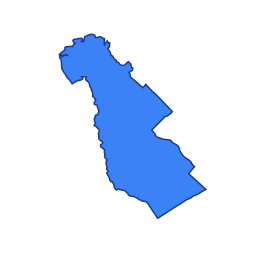 Faleata East, Gaga'emauga, Samoa, rotated 308°
{"feature_id": "51752279B54657815121204", "entity_name": "Faleata East", "entity_type": "district", "adm_level": 2, "iso_a3": "WSM", "parent_name": "Samoa", "parent_adm1": "Gaga'emauga", "projection": "albers", "projection_center": [-171.795, -13.866], "detail": "fine", "context": "isolated", "style": "filled", "palette": "blue", "viewbox_px": 256, "rotation_deg": 308, "n_neighbors": 0, "source": "geoboundaries", "source_scale": "gbopen_adm2", "svg_char_len": 3099}
<svg xmlns="http://www.w3.org/2000/svg" viewBox="0 0 256 256"><g transform="rotate(308 128 128)"><path d="M177.2,39.7L173.2,37.7L169.4,39.7L168.9,39.8L167.9,39.0L167.3,38.0L168.6,38.2L169.5,39.1L169.8,38.7L170.1,36.7L169.9,35.7L169.4,35.6L167.9,33.7L166.1,32.4L164.3,30.6L162.9,30.8L162.5,31.3L161.9,33.5L162.2,34.3L160.7,33.8L159.3,33.9L158.0,34.3L157.4,32.9L156.9,32.3L155.9,31.6L155.5,30.9L153.7,29.0L152.4,28.8L151.5,29.7L151.0,30.0L150.0,30.0L147.9,29.4L145.3,28.9L144.5,29.4L144.2,31.6L144.6,32.0L145.9,32.6L146.7,33.4L147.3,33.7L148.0,34.3L148.1,35.6L147.9,35.7L147.8,34.5L147.0,33.7L146.4,33.6L145.7,32.8L143.4,32.2L143.9,30.6L143.7,28.8L141.4,30.8L140.8,32.6L140.5,33.5L137.1,36.6L135.9,37.7L134.2,39.1L133.3,40.9L132.6,42.5L131.7,45.6L130.4,48.6L129.9,52.2L129.7,53.1L128.4,56.8L130.7,57.6L133.4,58.7L133.4,58.9L135.3,59.6L135.6,60.7L137.6,61.6L139.0,62.0L139.8,59.9L140.6,60.9L142.5,63.9L140.6,64.5L139.9,65.4L139.9,67.1L139.7,68.8L139.4,69.7L138.0,71.8L137.4,72.1L136.4,74.7L135.3,75.9L134.6,77.5L133.5,78.9L132.6,79.7L131.5,80.4L131.1,81.2L131.1,83.4L131.0,84.1L130.2,84.3L130.0,85.5L128.1,85.9L127.0,85.8L126.1,86.7L126.0,87.6L126.8,88.7L126.9,89.6L125.3,91.5L124.6,93.0L123.7,94.2L122.4,95.2L119.8,95.7L118.3,94.7L117.3,94.7L115.2,95.8L114.2,95.9L113.0,97.3L112.3,98.8L111.4,99.5L109.3,99.6L109.1,100.5L109.6,101.6L109.2,103.3L109.0,106.2L108.3,107.1L105.5,108.1L103.9,109.7L102.0,111.2L101.3,112.5L101.2,116.6L100.6,117.3L99.6,117.3L97.7,116.8L96.8,117.5L96.4,118.5L96.5,122.9L94.3,124.2L93.7,125.6L92.5,126.2L91.0,127.2L90.4,128.3L90.3,130.3L89.3,131.4L88.3,131.4L87.4,131.9L86.4,132.8L84.0,135.8L83.0,136.1L82.1,137.2L82.1,138.5L81.5,139.2L79.3,139.0L78.1,142.0L77.1,144.1L75.5,146.1L75.1,147.4L75.8,148.3L75.8,149.1L74.9,151.3L72.9,153.7L72.4,154.6L72.1,157.1L74.5,158.4L74.4,159.8L76.5,163.2L76.4,165.2L76.5,167.6L75.5,169.4L75.6,171.3L76.9,173.6L78.2,176.2L78.2,177.5L78.6,178.9L78.3,180.5L78.9,182.3L79.0,184.0L80.3,186.1L81.0,187.7L81.1,188.9L75.1,207.0L95.1,213.9L103.4,216.9L107.9,218.4L109.9,219.7L111.7,220.6L114.6,221.3L115.7,222.0L116.4,222.6L117.8,223.2L118.9,223.5L119.9,224.3L121.3,224.7L124.6,225.9L127.6,227.2L129.3,203.9L138.6,204.2L138.4,202.9L139.0,201.3L139.1,200.1L139.7,199.3L140.2,197.9L140.2,194.1L139.9,192.1L139.8,189.5L140.4,187.1L142.2,182.5L143.5,181.1L144.4,179.4L144.7,176.9L143.9,172.2L144.1,170.8L144.7,169.1L140.9,162.7L138.5,155.8L139.9,152.9L141.0,148.0L159.9,150.2L160.0,150.4L162.1,151.8L163.5,152.0L166.7,152.9L168.3,152.7L171.6,129.4L171.8,125.0L173.3,115.2L169.0,115.0L169.2,109.6L169.7,98.6L171.4,96.8L172.4,94.5L176.2,96.0L178.1,95.0L177.9,93.5L180.2,90.7L180.5,87.3L178.9,87.1L175.3,86.5L174.6,86.0L173.6,84.5L173.1,82.6L173.7,80.3L173.7,79.7L173.0,78.5L174.1,77.0L173.9,75.2L174.3,73.7L175.2,71.7L174.7,69.6L175.6,69.0L176.2,68.2L177.0,66.7L177.7,64.7L178.0,63.2L180.5,63.4L181.2,62.9L183.8,61.2L182.9,60.5L183.8,57.9L179.1,58.2L179.9,57.1L183.9,54.6L183.5,54.4L183.3,53.2L183.2,51.0L182.9,50.0L180.5,48.1L179.5,47.1L179.5,46.1L180.7,44.9L180.2,43.7L179.7,41.8L177.2,39.7Z" fill="#3b82f6" stroke="#1e3a8a" stroke-width="1.5"/></g></svg>